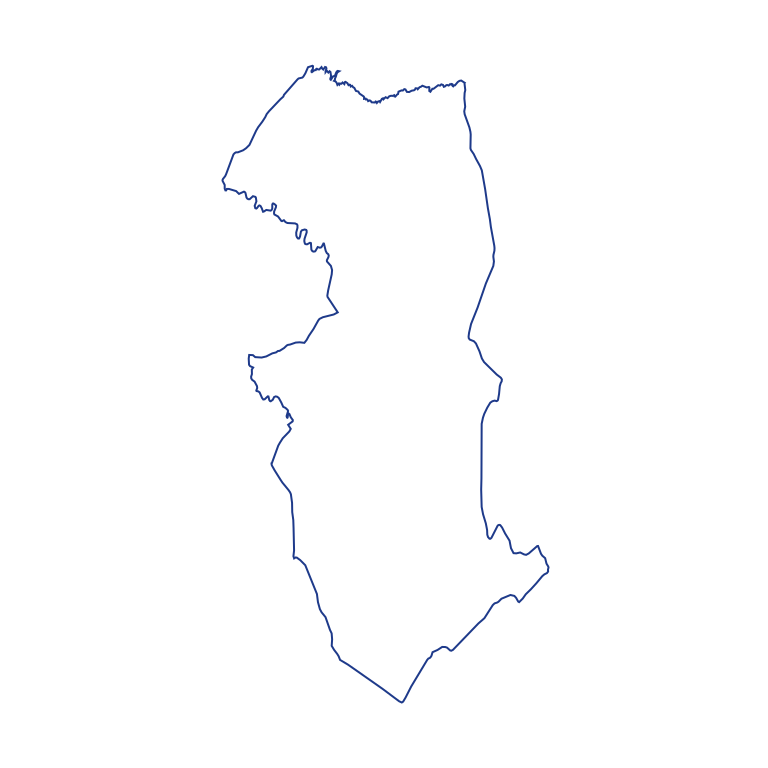 outline of Bokungu, Équateur, Democratic Republic of the Congo, rotated 9°
{"feature_id": "63176286B49430673132917", "entity_name": "Bokungu", "entity_type": "district", "adm_level": 2, "iso_a3": "COD", "parent_name": "Democratic Republic of the Congo", "parent_adm1": "Équateur", "projection": "equal_earth", "projection_center": [22.112, -0.898], "detail": "fine", "context": "isolated", "style": "outline", "palette": "blue", "viewbox_px": 768, "rotation_deg": 9, "n_neighbors": 0, "source": "geoboundaries", "source_scale": "gbopen_adm2", "svg_char_len": 6039}
<svg xmlns="http://www.w3.org/2000/svg" viewBox="0 0 768 768"><g transform="rotate(9 384 384)"><path d="M259.4,83.0L257.7,89.5L256.3,92.9L255.5,94.1L251.8,95.6L250.9,96.7L240.0,114.0L239.6,115.9L237.1,119.0L227.8,132.5L225.9,135.8L225.0,138.9L222.8,143.9L219.6,149.9L218.1,153.7L213.7,168.9L210.9,172.7L208.3,175.2L203.5,178.0L201.6,178.3L200.4,179.3L199.4,180.8L195.2,201.6L194.6,203.6L192.9,206.6L192.6,207.9L192.9,208.8L195.5,212.3L196.1,216.0L197.1,217.6L197.8,217.5L198.3,215.9L200.3,215.6L207.8,216.6L211.0,218.9L215.6,215.9L216.5,216.2L217.3,217.0L219.0,221.3L220.0,222.3L221.1,222.7L222.4,222.5L225.2,219.0L227.7,219.3L228.3,220.0L229.4,223.5L228.4,228.3L229.4,230.5L230.4,230.7L230.9,230.3L232.4,227.5L233.1,227.1L234.2,227.5L235.7,229.4L237.6,232.8L238.3,232.5L240.5,230.5L245.0,230.5L245.8,229.6L246.2,228.2L245.6,224.3L245.9,223.2L246.6,223.0L248.3,223.8L249.5,224.7L249.6,226.3L248.5,230.8L248.7,232.7L249.2,233.7L253.1,235.1L257.1,239.0L257.8,239.1L259.5,237.9L261.4,239.5L263.4,240.1L271.0,239.3L273.1,239.9L273.7,240.8L274.1,243.3L273.6,248.1L274.2,251.2L275.1,252.7L276.2,253.7L277.2,253.7L277.5,253.3L278.0,251.4L278.1,246.5L278.9,245.0L281.5,243.8L283.1,244.0L283.6,244.7L283.9,246.4L282.8,253.0L282.9,255.2L283.6,257.1L284.4,258.1L286.1,258.1L288.8,256.1L289.8,256.3L291.2,262.5L292.0,263.6L293.4,264.3L295.0,263.9L295.5,263.3L297.1,259.1L299.3,259.4L300.4,259.0L301.1,258.0L302.2,254.7L302.7,254.7L305.6,261.6L307.0,263.6L308.6,264.5L309.3,265.7L309.3,267.2L308.2,270.7L308.5,271.9L313.1,275.7L314.9,279.6L315.2,283.9L314.2,300.4L314.2,305.5L314.6,306.8L327.1,320.5L323.5,323.2L313.2,327.6L310.1,329.8L309.1,331.6L305.8,340.6L302.3,348.1L300.7,352.6L298.9,355.8L294.2,356.0L290.3,356.9L285.1,359.7L283.0,360.4L282.0,361.1L279.7,364.1L275.7,367.6L274.1,368.0L272.4,369.7L268.9,371.2L263.4,375.2L259.0,377.0L252.6,377.6L250.0,376.0L246.3,376.4L246.4,380.0L247.7,386.1L248.9,387.3L252.2,388.2L251.2,390.4L252.0,394.9L251.6,397.5L252.0,399.2L253.1,400.5L255.8,401.9L258.9,406.0L259.4,407.8L258.9,410.4L259.2,410.9L261.1,411.0L262.5,411.8L265.7,416.8L267.2,418.2L268.5,417.8L271.1,414.4L271.8,414.4L273.2,417.8L274.1,418.7L274.8,418.8L276.6,417.0L277.5,414.1L278.9,413.2L280.5,413.3L282.2,414.2L285.4,418.3L288.0,422.3L290.4,423.0L292.8,424.6L293.5,425.6L292.8,430.9L293.4,432.3L293.9,432.4L294.1,431.7L293.9,429.5L294.6,428.1L295.3,428.5L297.1,431.4L299.6,433.9L299.6,435.2L295.7,439.3L298.9,442.9L297.9,445.7L292.5,453.4L290.4,458.2L289.2,461.4L285.6,479.9L285.3,480.0L285.4,480.6L286.0,482.0L289.4,486.3L296.9,494.9L299.1,497.3L306.2,503.6L308.2,505.7L309.3,507.5L311.8,515.8L313.4,524.9L315.7,532.6L317.3,540.9L321.2,562.4L321.5,568.3L322.5,570.3L323.7,569.2L325.0,569.1L328.7,571.0L334.6,575.3L350.6,601.9L352.9,609.8L355.9,616.4L358.1,619.3L362.7,623.4L369.1,635.3L371.3,638.5L372.7,644.3L373.3,650.8L376.3,654.4L380.0,657.9L381.8,660.0L383.8,663.4L392.3,666.8L430.0,685.2L448.6,695.0L451.4,695.8L452.6,694.7L454.4,690.2L458.2,678.5L469.8,649.8L470.7,648.3L472.2,647.3L472.9,646.2L473.4,645.0L473.9,641.3L478.5,638.3L482.6,634.6L485.6,634.2L487.5,634.5L491.0,636.8L492.2,636.9L493.7,635.8L514.7,605.7L519.8,599.6L526.0,585.4L527.5,583.4L529.9,582.2L531.1,581.2L533.6,577.7L541.9,572.6L545.9,572.9L547.9,574.5L550.6,577.9L551.6,578.3L554.6,574.2L556.9,569.5L561.3,563.6L565.7,556.9L570.4,549.0L572.2,546.9L574.5,545.3L575.4,543.6L575.0,541.6L575.2,539.6L574.8,538.6L572.6,536.0L570.4,530.8L567.2,528.8L565.6,527.1L561.5,519.9L560.7,520.1L553.5,528.7L551.1,530.5L549.0,530.4L544.9,529.1L541.1,530.6L538.4,530.8L535.1,526.3L532.5,519.1L527.0,512.7L523.1,507.3L520.9,505.2L519.9,505.1L519.0,505.5L518.4,506.2L514.2,519.1L513.3,520.2L512.4,520.3L510.7,518.9L509.6,516.7L508.7,512.2L508.0,510.2L506.4,505.8L502.2,497.1L499.7,490.2L496.5,473.1L495.0,461.9L486.7,408.1L487.0,401.9L487.7,397.8L489.7,391.2L491.9,385.8L493.7,384.1L495.9,383.1L497.9,383.3L498.7,382.7L499.1,381.9L499.2,375.9L498.7,368.0L499.1,364.9L499.8,363.0L499.7,361.0L498.4,359.5L493.8,357.0L479.4,346.7L476.7,343.5L473.2,336.8L468.5,329.6L466.1,327.7L461.7,326.7L460.5,325.4L460.1,323.8L460.0,320.0L460.6,311.1L464.5,293.8L468.9,268.8L473.5,250.3L473.4,245.7L472.1,241.3L471.9,239.4L472.2,235.1L471.9,232.5L471.3,230.2L465.0,212.2L462.8,204.7L459.1,194.1L453.4,175.7L447.2,157.7L444.7,153.7L439.8,147.4L436.6,142.8L433.2,139.2L432.5,137.7L430.6,124.0L429.9,121.4L428.2,117.2L421.5,105.0L420.6,102.1L420.8,97.4L418.7,89.5L418.1,83.9L418.3,81.0L416.4,74.2L416.6,73.9L412.8,72.2L411.1,72.8L409.6,74.2L407.4,77.9L406.5,78.0L405.8,79.2L405.2,78.9L404.6,77.2L403.6,77.1L403.4,77.8L402.3,77.6L401.2,79.1L399.6,78.8L398.8,79.1L397.6,80.6L396.6,81.1L395.5,79.4L393.7,79.1L392.7,80.5L390.8,80.4L386.7,84.7L385.6,84.8L384.1,88.1L382.9,87.5L382.4,84.0L381.9,83.6L379.8,84.4L375.2,83.4L373.9,84.7L372.7,85.3L371.2,87.6L370.4,86.8L368.9,87.0L368.5,88.4L367.7,89.2L365.4,90.0L363.2,91.7L360.9,91.9L359.1,89.7L357.9,89.6L356.7,91.2L355.3,91.3L352.6,93.0L352.5,95.4L351.5,96.2L350.2,98.4L349.3,98.3L348.8,97.2L347.4,98.1L345.9,98.2L344.2,99.0L342.8,101.1L340.7,100.5L338.9,102.9L338.3,102.0L337.3,102.7L336.0,106.1L335.3,105.3L334.0,105.9L333.0,107.5L332.3,106.5L331.5,106.3L331.0,107.4L327.7,107.7L326.7,106.6L325.6,106.1L324.1,107.1L323.2,105.8L322.4,105.5L321.7,105.8L321.2,105.0L319.7,105.5L319.5,103.9L319.0,103.2L314.4,101.0L312.9,99.2L310.4,98.9L308.3,96.1L307.2,95.8L305.9,94.5L304.6,95.4L303.8,93.8L303.2,93.7L302.2,94.4L300.8,92.6L298.7,91.6L298.1,92.0L297.9,94.0L295.9,92.7L295.0,94.1L293.6,94.1L293.1,95.3L292.3,94.4L291.2,95.9L290.1,93.9L288.9,92.8L287.2,92.4L287.9,91.3L287.8,90.0L288.4,87.8L288.7,85.0L289.3,83.4L290.8,82.1L289.3,82.0L288.6,82.6L288.1,83.7L287.3,87.3L285.6,88.1L283.9,91.9L283.4,91.6L283.2,90.7L283.6,88.3L282.3,84.2L281.3,83.6L280.3,85.1L278.4,83.4L277.5,85.1L277.3,84.0L277.8,81.5L277.3,80.3L276.2,80.1L274.8,82.9L273.7,82.2L272.7,80.8L270.8,83.5L269.5,83.6L268.3,83.1L267.8,83.4L267.5,84.7L266.3,84.9L264.0,87.3L263.6,87.1L263.4,86.1L264.4,83.8L264.2,81.2L263.5,80.9L259.4,83.0Z" fill="none" stroke="#1e3a8a" stroke-width="2"/></g></svg>